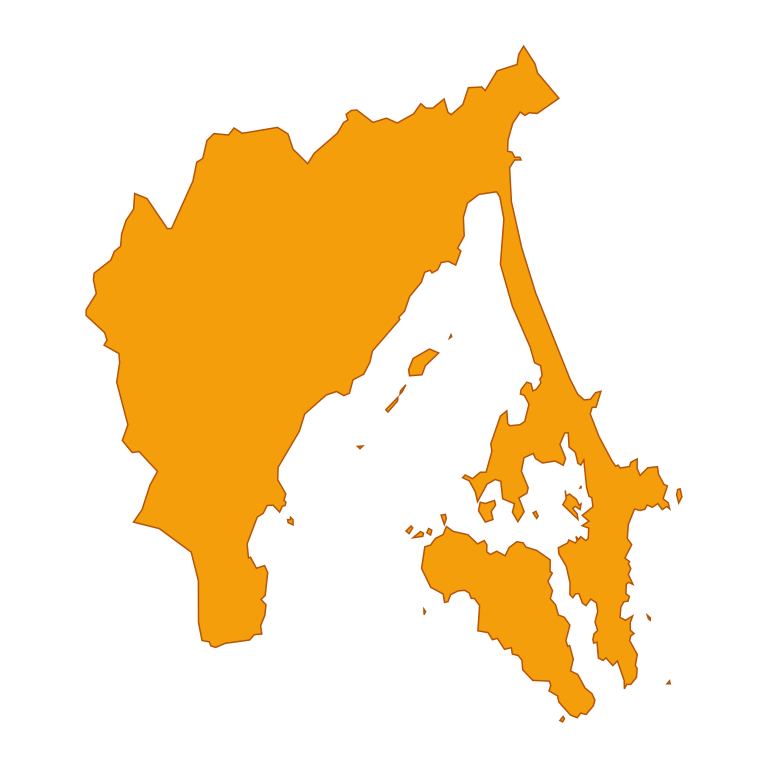 Van Ninh, Khánh Hòa, Vietnam
{"feature_id": "81297802B51561347842325", "entity_name": "Van Ninh", "entity_type": "district", "adm_level": 2, "iso_a3": "VNM", "parent_name": "Vietnam", "parent_adm1": "Khánh Hòa", "projection": "equal_earth", "projection_center": [109.333, 12.708], "detail": "fine", "context": "isolated", "style": "filled", "palette": "amber", "viewbox_px": 768, "rotation_deg": 0, "n_neighbors": 0, "source": "geoboundaries", "source_scale": "gbopen_adm2", "svg_char_len": 6135}
<svg xmlns="http://www.w3.org/2000/svg" viewBox="0 0 768 768"><path d="M468.4,87.7L462.8,104.6L451.3,114.6L448.0,112.5L444.1,99.0L432.7,108.2L426.0,108.1L420.8,103.7L413.6,113.9L397.3,123.0L386.4,118.2L372.9,122.4L356.8,110.0L351.1,110.5L346.1,114.4L347.9,120.0L343.6,122.5L337.4,133.2L314.2,153.3L307.7,163.7L293.0,149.1L288.0,134.0L277.5,127.4L242.2,133.3L234.0,128.0L228.5,135.0L213.9,133.6L207.0,140.5L202.8,158.4L196.8,162.2L192.9,181.1L171.6,228.5L167.3,228.6L147.0,198.6L134.7,193.5L133.6,209.2L126.2,220.2L121.6,234.0L120.6,246.3L114.4,251.4L110.8,260.2L94.2,273.1L93.4,279.7L96.3,293.5L86.2,309.7L86.1,315.4L104.7,332.7L107.0,340.1L104.1,345.2L119.0,353.6L119.6,363.0L116.7,382.2L127.9,424.8L122.3,440.5L132.2,452.5L139.1,451.6L157.5,471.4L150.0,485.1L142.1,509.6L133.5,522.1L159.3,528.6L191.2,552.1L198.4,580.7L198.5,622.3L202.0,640.5L209.2,641.8L211.0,646.0L215.7,647.4L225.3,643.3L249.6,640.0L254.2,634.7L261.8,634.0L260.6,625.7L264.8,615.5L266.0,604.8L261.0,599.4L265.2,595.4L267.7,572.7L264.6,565.6L256.4,568.2L250.5,557.2L248.5,557.9L247.1,544.0L257.2,517.2L263.3,513.2L267.1,505.5L273.1,505.2L279.6,512.1L282.4,506.2L285.1,505.5L285.9,502.1L284.0,500.4L285.8,493.9L277.7,479.7L278.1,467.3L299.3,431.3L304.7,414.0L326.2,395.0L336.5,391.5L343.8,395.6L349.4,393.2L353.0,379.8L363.7,374.2L369.9,362.2L372.4,351.1L399.8,319.4L398.7,317.3L404.6,311.1L409.7,296.4L421.3,282.3L424.7,272.3L430.1,270.2L432.0,272.9L437.6,269.9L441.2,262.5L448.2,261.3L455.7,265.1L460.9,251.0L457.6,248.2L464.2,236.0L463.4,217.3L467.4,203.2L478.9,194.4L496.5,191.8L499.8,196.8L503.9,218.9L500.4,264.2L512.3,306.0L530.2,347.2L534.6,362.8L540.6,365.7L542.1,375.7L539.9,379.1L540.9,383.0L536.3,389.3L532.8,390.9L531.1,383.6L526.8,382.2L521.1,389.5L520.4,394.1L524.3,395.3L529.0,404.2L524.7,421.5L519.8,424.8L509.9,425.7L507.7,423.7L506.8,410.8L500.4,416.1L490.8,443.9L491.9,451.3L486.1,472.2L480.3,472.2L472.6,478.7L465.1,475.0L462.6,477.7L469.3,480.8L475.4,492.0L477.5,501.7L487.0,484.1L495.2,479.5L500.8,481.3L502.7,498.8L514.5,503.7L512.4,512.2L517.9,521.7L524.1,511.7L518.9,497.9L526.9,493.2L528.2,487.8L521.4,471.2L524.0,457.7L533.2,453.5L535.6,458.6L542.6,463.0L555.2,461.0L563.3,465.3L565.6,458.4L559.9,444.4L564.7,433.0L568.2,432.8L569.1,447.1L575.3,452.2L577.9,463.2L580.8,465.1L583.8,459.9L586.6,487.3L589.0,496.3L591.8,497.7L592.9,506.8L582.2,515.4L589.0,521.2L582.1,525.7L588.7,528.1L588.2,538.6L585.8,540.6L580.6,536.6L578.7,539.5L575.9,536.5L577.1,540.6L575.4,543.0L568.8,540.0L567.6,543.0L558.3,547.8L558.9,553.9L566.2,566.1L570.1,583.1L569.9,594.7L572.9,597.7L575.6,593.8L578.9,593.6L582.4,603.1L586.0,605.6L590.7,599.1L596.4,602.8L597.7,611.4L595.0,621.9L597.6,630.4L594.0,634.0L592.9,639.5L593.6,643.1L597.0,642.2L598.4,658.0L603.1,660.5L605.9,657.9L612.8,665.6L617.4,660.9L624.2,680.6L624.4,688.9L626.7,684.4L630.7,684.4L636.5,677.4L637.1,668.3L635.3,665.6L637.3,654.5L629.6,640.5L630.7,636.0L634.0,633.5L630.3,630.2L630.3,622.3L632.7,615.9L625.5,620.3L620.0,617.4L620.9,607.0L623.9,601.7L628.0,601.2L629.4,596.4L625.9,593.8L626.3,584.2L628.6,582.3L633.0,584.4L628.3,574.5L630.8,568.6L628.4,563.8L629.6,561.6L624.9,558.1L631.7,544.7L627.3,538.4L628.3,524.5L634.5,509.0L640.0,510.5L644.8,509.3L647.2,505.0L652.3,507.3L657.8,503.6L662.2,509.6L666.9,506.5L669.6,508.9L668.3,502.9L663.1,498.8L667.4,486.0L663.9,484.3L658.6,474.4L657.4,466.7L647.7,467.8L640.1,475.5L637.1,468.5L637.2,458.9L630.7,462.4L629.6,466.5L620.3,468.0L618.0,465.1L615.8,466.4L611.8,460.7L599.0,436.6L590.2,413.8L592.1,407.3L596.0,407.3L600.9,391.3L595.5,392.7L590.4,399.3L584.1,399.9L577.6,394.1L569.9,378.9L535.7,293.1L521.8,248.1L511.4,201.6L509.6,167.7L514.6,160.0L521.0,159.9L519.9,157.2L514.7,157.3L512.0,152.1L507.6,151.3L508.0,140.0L512.7,123.4L520.2,112.0L524.9,115.4L529.4,112.7L537.1,113.5L558.9,98.3L537.5,72.9L535.0,63.8L523.6,46.1L518.7,54.4L517.1,64.5L497.1,70.9L485.2,90.6L481.7,87.0L468.4,87.7ZM453.1,531.4L446.4,526.5L443.1,534.6L435.5,538.4L430.6,545.0L424.8,546.8L421.6,568.4L430.7,587.3L443.2,594.0L444.5,602.4L448.0,601.6L450.6,594.6L458.1,590.9L464.8,590.3L469.2,593.0L471.2,598.4L474.4,598.5L479.6,605.5L477.9,630.8L488.1,632.6L492.4,639.7L497.4,638.4L504.5,649.3L511.3,647.7L512.4,654.1L518.2,655.5L521.9,660.1L522.7,669.7L532.7,680.4L549.3,681.1L550.8,685.3L549.0,690.9L557.5,695.8L558.9,702.1L570.5,715.1L577.2,717.7L580.7,713.1L586.1,714.5L593.4,705.7L594.9,700.1L591.9,693.6L585.1,688.1L577.8,674.6L570.5,670.9L573.3,659.0L569.6,645.5L567.7,646.4L565.9,640.5L569.9,625.2L564.3,617.3L558.4,615.0L555.6,604.9L550.3,598.7L552.5,590.7L547.9,581.3L552.3,573.1L550.0,571.2L550.3,560.0L536.7,550.4L525.9,547.1L523.2,542.9L516.9,541.7L509.1,547.6L505.1,555.8L496.7,551.2L490.4,554.5L486.7,551.8L486.9,545.0L484.3,540.5L477.5,543.9L467.9,534.7L453.1,531.4ZM429.5,349.0L413.1,358.5L408.6,369.6L409.5,375.8L422.0,374.8L425.4,365.6L438.7,353.0L429.5,349.0ZM494.5,500.4L485.2,503.5L480.2,502.2L478.5,510.7L485.3,522.1L493.0,519.5L491.2,511.5L495.6,505.2L494.5,500.4ZM566.1,496.0L565.2,490.4L566.2,498.9L562.8,504.7L578.0,519.3L577.1,513.9L572.6,508.3L575.4,506.4L580.0,509.6L581.1,503.8L579.0,505.2L576.4,499.3L569.5,494.0L566.1,496.0ZM678.7,503.0L681.9,496.8L680.1,488.8L677.7,489.5L676.6,494.7L678.7,503.0ZM387.9,412.1L397.5,401.0L397.9,397.3L385.8,409.7L387.9,412.1ZM422.7,536.4L423.5,533.2L420.4,531.6L413.0,537.7L422.7,536.4ZM293.0,519.7L290.5,517.3L290.1,519.8L287.6,519.6L288.1,522.6L293.1,524.9L293.0,519.7ZM430.6,535.0L431.8,530.2L428.7,528.5L426.9,532.7L430.6,535.0ZM445.4,514.4L441.1,515.1L444.3,524.5L446.3,518.8L445.4,514.4ZM409.1,533.6L412.7,527.9L411.1,526.0L406.0,531.0L409.1,533.6ZM538.1,516.0L535.9,511.3L533.0,512.9L536.7,518.4L538.1,516.0ZM562.6,721.9L564.5,718.7L563.1,716.5L559.9,720.5L562.6,721.9ZM400.0,394.1L402.2,391.7L405.9,384.7L400.4,391.0L400.0,394.1ZM650.2,620.2L650.4,617.9L647.3,615.2L648.4,618.8L650.2,620.2ZM424.1,614.7L425.6,611.5L423.9,609.1L424.1,614.7ZM670.2,683.8L669.5,680.8L667.0,683.8L670.2,683.8ZM360.0,448.7L362.8,446.0L357.5,446.4L360.0,448.7ZM449.4,338.2L451.7,336.7L451.0,334.7L449.4,338.2ZM580.0,488.1L581.1,487.9L581.1,485.9L580.0,488.1Z" fill="#f59e0b" stroke="#b45309" stroke-width="1.5"/></svg>